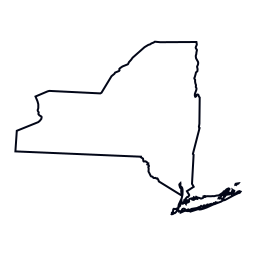 map outline of New York (Albers equal-area conic projection)
{"feature_id": "USA-3559", "entity_name": "New York", "entity_type": "State", "adm_level": 1, "iso_a3": "USA", "parent_name": "United States of America", "parent_adm1": "", "projection": "albers", "projection_center": [-74.009, 42.755], "detail": "fine", "context": "isolated", "style": "outline", "palette": "ink", "viewbox_px": 256, "rotation_deg": 0, "n_neighbors": 0, "source": "natural_earth", "source_scale": "10m", "svg_char_len": 6015}
<svg xmlns="http://www.w3.org/2000/svg" viewBox="0 0 256 256"><path d="M16.8,130.8L38.3,122.1L39.9,120.7L41.3,118.9L41.6,117.4L41.5,116.7L40.9,116.2L39.6,115.5L39.0,114.9L38.4,114.0L38.7,112.3L37.9,111.1L37.7,110.4L37.7,109.9L38.1,108.9L38.3,108.0L38.3,104.5L38.2,103.9L37.5,101.3L35.5,96.5L47.5,91.4L49.3,90.9L100.3,93.4L101.5,92.7L111.5,76.2L114.4,73.8L115.1,72.6L119.0,71.0L119.5,70.4L119.3,69.0L120.1,68.1L122.4,66.5L127.8,64.3L128.2,63.8L128.9,62.2L131.1,59.8L132.6,57.7L144.5,47.2L148.3,44.9L150.2,44.3L151.4,43.4L153.5,42.6L154.9,41.7L160.1,42.2L196.4,42.0L196.8,44.4L196.6,45.2L196.0,46.5L195.7,47.6L195.9,48.4L196.8,49.6L196.9,50.2L196.4,52.7L196.3,54.0L195.8,55.7L195.8,56.7L196.1,58.4L198.0,61.8L198.2,63.0L198.0,64.5L197.1,66.5L197.1,67.0L197.6,69.1L197.4,71.1L197.2,71.4L196.1,72.3L195.9,72.7L195.6,74.2L194.7,77.3L194.3,78.1L194.4,78.7L195.1,79.8L195.1,81.8L195.4,83.4L196.0,85.1L195.8,87.0L196.4,88.1L196.5,88.8L196.3,90.0L194.9,93.8L194.8,95.4L195.0,96.3L195.3,96.8L196.2,96.3L196.6,95.0L196.8,94.7L197.4,94.5L198.0,94.6L198.5,95.1L198.9,96.5L199.7,97.5L199.4,123.8L199.1,125.8L198.9,126.3L199.2,128.3L199.5,128.3L192.9,153.9L193.6,154.8L192.0,183.8L193.7,186.8L186.9,191.2L188.4,193.7L188.8,194.1L189.2,195.1L189.1,195.4L188.9,195.8L188.2,196.8L187.3,196.9L185.7,198.6L185.3,199.2L185.2,199.9L185.0,200.0L184.3,200.1L184.1,201.3L184.8,202.3L182.8,202.3L182.0,202.6L181.0,202.6L180.9,202.1L180.9,201.8L181.5,200.2L181.4,199.7L181.2,199.5L181.8,197.8L182.5,194.6L182.6,190.7L182.5,189.3L182.2,188.0L181.9,187.4L180.6,186.1L180.1,185.3L180.5,184.0L180.4,183.2L179.6,184.0L179.3,184.8L180.0,187.3L180.3,187.9L180.8,188.3L181.3,188.9L181.2,191.2L181.6,194.5L181.6,195.5L158.8,181.4L158.7,180.7L157.6,178.6L157.4,178.4L156.5,178.6L155.6,177.9L154.2,178.0L153.5,177.9L152.5,176.7L151.2,176.4L150.7,175.9L148.9,172.2L148.6,171.8L148.5,171.4L148.7,168.7L148.3,167.2L148.4,166.8L148.8,166.5L148.9,166.2L148.8,165.3L148.5,165.0L147.4,164.5L148.0,163.6L148.2,163.3L147.5,163.0L147.1,162.3L146.4,162.0L145.8,161.4L145.4,161.3L143.8,161.5L143.4,161.1L143.0,158.6L140.8,157.2L140.9,156.7L15.4,151.4L16.8,130.8ZM238.9,191.9L238.5,191.4L239.3,191.1L240.6,191.6L239.9,192.6L238.6,193.0L234.1,195.1L225.0,200.0L223.4,200.4L223.8,199.8L223.8,199.3L223.4,199.1L222.4,199.2L222.2,199.5L222.5,200.6L222.2,200.9L221.1,201.6L215.8,203.6L215.4,203.5L218.0,202.6L216.5,202.5L215.7,202.2L214.6,203.2L213.6,203.2L212.8,202.9L213.2,203.2L213.1,203.7L212.1,204.5L211.4,204.6L211.1,203.9L210.0,204.2L209.4,204.8L207.5,204.5L207.2,204.6L206.9,205.2L205.0,205.7L204.1,205.3L203.8,205.5L203.7,206.3L203.3,206.5L201.7,206.3L201.1,205.9L199.9,207.0L198.7,207.2L197.1,208.0L191.6,208.9L189.0,210.4L188.6,210.3L188.9,210.1L188.9,209.7L188.5,209.4L187.7,209.6L187.3,210.0L187.3,210.6L191.2,210.7L191.0,211.0L187.4,211.1L185.6,210.8L184.3,211.0L180.7,212.6L180.7,212.1L185.0,210.4L185.6,209.7L184.8,209.0L183.8,208.6L182.7,208.9L182.1,209.5L182.0,209.9L182.5,211.1L182.0,211.3L181.9,211.1L181.0,211.0L180.6,211.4L179.2,211.6L178.8,211.6L178.6,211.2L178.9,211.1L179.0,210.8L178.8,210.5L178.0,210.2L177.7,209.7L177.9,208.9L178.5,208.0L178.5,207.5L179.0,206.8L179.8,206.3L180.1,205.7L180.2,205.0L180.9,203.8L181.5,203.2L182.2,203.5L182.7,203.5L182.9,203.7L184.0,202.9L185.3,203.1L185.9,203.9L186.1,203.1L185.7,202.4L186.0,201.5L186.4,201.5L187.2,202.6L187.5,202.4L187.7,201.9L187.6,201.5L186.6,201.1L186.7,200.7L187.0,200.2L187.4,200.2L188.3,200.6L188.9,201.8L189.1,201.6L188.9,200.2L189.5,199.0L191.5,198.4L192.8,198.2L193.0,198.7L192.9,198.9L192.5,199.2L192.2,199.1L191.9,199.3L192.3,199.7L193.0,199.8L193.1,199.2L193.5,199.2L193.6,199.6L193.9,199.8L194.1,199.6L194.1,199.3L194.3,199.2L194.2,198.9L193.5,197.9L193.8,197.2L194.4,197.5L195.3,197.6L195.1,198.3L195.7,198.9L196.6,198.7L197.4,198.9L197.5,198.3L197.4,197.9L196.2,197.9L195.9,197.4L196.2,196.8L196.8,197.1L197.0,197.5L199.3,197.9L201.0,198.6L202.6,198.1L203.2,197.7L203.5,197.1L203.4,196.4L204.5,196.0L204.9,196.2L204.8,197.0L205.1,197.0L205.4,196.8L205.5,196.6L205.3,196.2L205.6,196.1L206.4,196.4L207.5,196.2L210.6,196.3L212.7,196.1L214.1,196.2L216.5,195.6L218.5,195.4L219.1,195.2L223.0,192.6L223.7,191.4L224.6,191.3L226.6,189.3L228.5,188.4L229.3,188.7L229.5,189.0L229.4,189.4L229.0,189.8L228.2,190.3L227.7,189.6L226.6,190.3L224.7,192.2L224.6,192.6L225.5,193.0L225.3,193.5L224.7,193.4L224.0,193.7L224.1,195.0L224.0,195.3L223.5,194.6L223.1,194.6L223.0,195.1L221.6,195.3L220.9,196.0L221.0,196.4L219.9,197.4L218.9,197.6L218.6,198.3L219.3,198.3L219.8,198.6L220.4,198.1L222.2,198.7L222.8,198.6L223.5,198.2L223.9,196.9L224.9,196.6L226.0,194.9L227.2,194.7L227.3,194.4L227.0,193.5L227.3,193.3L227.7,193.3L228.0,194.4L228.8,194.5L229.0,194.0L229.4,193.9L229.8,192.9L230.4,193.1L231.2,194.2L231.4,192.8L231.7,192.4L232.1,192.5L233.2,194.3L233.5,194.5L235.1,193.8L236.8,192.5L237.3,192.8L237.7,192.7L237.7,191.8L238.1,191.6L238.9,192.2L238.9,191.9ZM175.2,209.1L176.7,208.6L176.8,209.0L176.7,209.1L176.8,209.5L177.3,210.3L175.9,212.2L175.0,213.0L174.6,212.9L173.3,213.8L171.8,214.3L171.6,214.2L171.9,213.6L171.9,212.7L172.9,211.9L173.0,211.6L173.3,209.3L173.9,208.8L175.2,209.1ZM209.4,205.8L214.2,203.8L214.9,203.7L214.9,204.0L213.5,204.4L206.7,207.5L203.6,208.6L200.8,209.4L199.3,209.5L199.1,209.2L200.5,209.2L206.7,207.1L209.4,205.8ZM180.8,202.9L179.7,205.1L179.6,206.1L178.4,206.6L178.8,204.5L181.0,199.8L181.3,199.9L181.3,200.4L180.7,201.7L180.6,202.3L180.8,202.9ZM200.5,208.8L198.6,209.0L191.3,211.3L191.5,210.8L198.1,208.6L200.7,208.5L200.5,208.8ZM226.7,191.2L226.7,190.7L227.1,190.6L227.2,191.0L227.7,191.4L228.4,191.6L228.4,192.0L228.5,192.4L228.4,192.8L228.6,193.4L227.4,192.8L226.2,192.9L225.8,192.6L225.8,192.1L226.1,191.6L226.7,191.2ZM236.4,184.8L235.7,184.8L235.3,184.9L235.3,184.5L235.6,184.3L235.7,183.9L236.0,183.9L236.3,184.3L236.5,183.6L238.6,183.3L238.4,183.6L237.2,184.0L236.4,184.8ZM232.7,189.9L233.4,190.4L234.2,190.7L234.1,191.0L234.2,191.6L233.6,192.4L233.6,191.4L233.4,191.1L232.4,190.8L232.8,190.4L232.7,189.9Z" fill="none" stroke="#020617" stroke-width="2"/></svg>